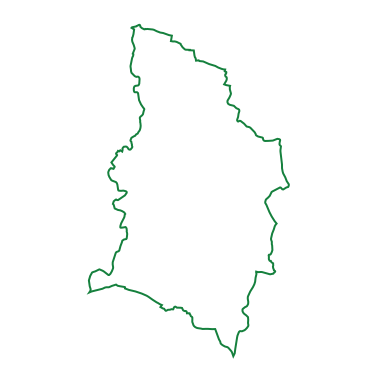 Chaiyo, Ang Thong, Thailand (Natural Earth projection), rotated 15°
{"feature_id": "78962969B91278990376837", "entity_name": "Chaiyo", "entity_type": "district", "adm_level": 2, "iso_a3": "THA", "parent_name": "Thailand", "parent_adm1": "Ang Thong", "projection": "natural_earth1", "projection_center": [100.458, 14.673], "detail": "fine", "context": "isolated", "style": "outline", "palette": "green", "viewbox_px": 384, "rotation_deg": 15, "n_neighbors": 0, "source": "geoboundaries", "source_scale": "gbopen_adm2", "svg_char_len": 6032}
<svg xmlns="http://www.w3.org/2000/svg" viewBox="0 0 384 384"><g transform="rotate(15 192 192)"><path d="M281.9,200.6L279.4,198.8L275.3,195.0L272.1,191.5L267.2,185.2L265.6,183.6L265.3,182.7L265.3,180.5L265.6,179.7L266.9,177.8L268.1,175.6L268.9,171.4L269.6,170.6L275.9,164.8L276.6,164.8L278.6,166.0L279.5,165.9L282.0,163.2L283.6,162.2L283.8,160.9L283.6,159.8L283.3,159.3L280.7,157.0L278.3,153.7L275.3,150.5L274.3,148.9L272.8,145.7L271.8,142.1L267.0,130.1L266.6,128.7L266.1,124.9L265.7,124.5L264.7,124.0L264.1,123.1L263.8,121.1L263.8,119.5L263.5,118.7L262.8,118.4L260.9,118.5L260.2,118.9L256.8,121.4L252.7,122.8L249.4,123.8L248.4,123.8L247.5,123.3L247.0,122.6L246.5,121.5L246.2,121.3L245.8,121.2L241.5,121.3L239.4,120.7L238.8,120.2L238.5,119.5L237.0,118.0L231.7,114.8L230.4,114.5L227.8,114.6L224.6,112.5L220.5,110.8L219.6,110.9L218.3,112.0L217.7,111.8L217.0,111.0L216.9,110.5L217.1,107.6L216.7,104.3L216.8,101.8L216.6,101.0L216.2,100.3L215.3,99.9L213.2,99.6L210.1,97.9L206.1,98.0L204.8,97.7L203.9,97.3L202.9,95.9L202.7,94.5L203.7,91.0L204.2,87.8L204.1,86.7L202.0,83.1L201.3,80.6L201.3,79.6L197.3,79.9L195.2,79.7L196.3,75.7L196.4,74.6L196.3,73.6L195.8,72.3L194.5,71.7L193.9,70.9L193.7,70.0L193.8,69.6L194.3,68.9L194.2,67.6L194.1,67.3L193.8,67.1L192.7,67.1L192.3,66.9L192.3,65.1L190.7,65.4L188.8,65.4L185.1,65.0L181.9,64.2L175.5,64.0L169.0,63.0L165.2,63.6L164.4,63.1L161.9,64.1L160.9,61.9L159.9,61.0L159.0,59.4L157.1,54.8L153.0,55.7L153.0,55.3L148.9,56.2L148.0,56.0L145.4,54.6L143.0,52.5L142.6,51.8L141.4,51.6L138.4,51.0L137.0,51.0L135.9,51.1L134.8,51.5L132.6,51.7L132.1,46.2L129.1,46.4L123.0,45.9L120.0,46.2L116.2,45.8L113.3,45.2L112.0,45.2L106.5,46.1L105.6,46.5L104.6,46.6L104.3,47.1L103.7,47.2L101.2,46.7L99.3,45.7L98.9,44.7L98.4,44.2L98.1,44.1L97.4,44.4L96.0,45.7L95.5,46.0L95.4,46.4L91.7,48.3L91.3,48.6L91.1,49.1L94.0,49.9L94.6,54.7L94.6,57.4L94.3,58.6L94.5,59.1L94.7,60.6L95.5,62.3L97.6,65.0L99.1,67.4L99.6,68.5L99.0,73.8L99.7,74.1L99.9,75.7L99.6,77.1L99.5,78.3L100.0,86.1L100.2,86.9L101.1,89.0L102.0,91.4L102.8,92.6L106.7,94.9L108.4,95.2L109.8,94.6L110.5,94.6L111.5,95.3L112.1,96.4L113.0,100.9L112.9,102.1L112.6,102.8L112.3,103.1L109.9,104.1L109.1,104.9L108.9,106.0L109.0,107.2L109.6,109.1L110.2,110.1L110.8,110.4L111.2,110.4L112.4,110.0L113.3,109.9L114.3,110.5L117.1,117.0L120.1,120.6L123.1,123.2L124.2,123.9L124.5,124.5L124.4,126.7L124.5,129.5L124.0,130.8L122.6,132.8L122.4,134.0L123.6,136.7L123.8,137.9L124.3,138.7L125.3,141.4L125.6,143.4L125.6,145.4L125.4,146.4L124.8,147.8L124.4,149.6L123.0,151.0L122.6,152.3L121.5,153.2L119.5,155.3L119.2,157.7L119.3,158.4L120.5,159.3L120.9,160.4L121.7,161.7L122.0,162.8L122.7,163.9L122.6,164.7L121.7,166.7L121.4,167.0L120.5,167.3L119.6,167.0L118.3,165.8L117.2,165.2L116.4,165.2L114.5,165.9L113.9,166.9L113.6,167.9L114.1,169.5L114.1,171.0L111.9,170.3L111.1,171.6L109.9,171.4L109.6,172.7L108.8,174.0L108.7,174.5L108.9,174.9L110.1,175.7L110.1,176.1L106.5,184.3L108.7,186.2L110.6,187.4L110.8,187.7L110.2,189.9L109.3,189.8L108.9,190.1L108.1,189.9L107.3,190.1L107.1,190.7L106.6,191.4L106.2,192.4L106.0,194.4L106.1,195.0L107.0,197.2L108.4,199.0L110.8,201.3L111.9,201.7L115.9,202.1L117.1,202.9L118.0,204.2L120.0,208.8L120.5,209.5L120.9,209.6L121.9,209.5L123.6,209.1L125.1,208.5L125.9,208.4L128.0,208.4L128.6,208.7L129.0,209.0L129.1,209.8L128.1,212.6L123.9,217.5L122.7,218.9L121.7,219.2L120.6,218.9L119.6,220.0L118.8,221.3L118.7,224.0L119.2,224.2L119.8,224.8L121.6,227.9L125.1,228.5L127.6,228.3L129.7,228.6L131.9,229.3L133.2,230.5L132.9,231.4L133.1,232.8L133.1,234.0L131.7,240.6L131.6,243.2L131.8,244.5L132.2,244.9L133.2,244.7L135.6,243.7L136.7,243.1L137.0,243.1L137.8,243.7L138.2,244.1L138.9,245.8L139.2,247.2L139.8,248.2L140.3,249.4L140.7,251.9L140.9,253.7L140.7,254.4L140.4,254.6L138.7,255.4L137.3,257.0L137.3,258.8L136.9,262.8L136.9,267.3L136.4,268.2L134.6,269.5L134.2,270.3L134.1,270.9L133.6,280.3L134.1,282.4L135.3,285.1L135.5,286.2L135.1,289.4L134.3,292.3L133.4,293.6L132.7,293.8L127.5,291.6L126.1,291.2L122.7,290.7L122.3,290.9L119.1,293.7L117.2,294.9L116.3,295.7L115.4,299.5L115.3,304.1L117.6,309.5L119.0,311.7L119.3,312.3L119.4,313.8L118.8,315.6L120.7,314.1L130.6,308.6L132.7,306.8L133.9,306.2L136.4,305.5L139.0,303.4L142.6,301.1L144.4,301.8L146.6,301.7L151.7,301.2L152.0,301.4L152.2,302.5L156.4,302.9L163.1,302.7L169.7,303.1L175.0,303.9L177.1,304.5L181.7,306.2L186.6,307.8L187.4,307.9L190.1,308.7L192.2,309.0L191.3,311.3L193.9,312.0L195.3,312.0L196.9,313.3L197.4,313.5L197.9,313.3L199.3,312.0L201.2,311.4L202.5,310.5L204.1,310.3L204.3,309.9L204.4,308.4L204.8,307.6L205.4,307.1L205.9,307.1L207.4,307.6L211.1,306.7L212.4,306.6L213.9,308.4L214.4,308.7L215.8,308.9L216.6,308.6L217.4,308.7L218.0,309.3L218.5,310.5L220.7,309.8L221.2,309.9L221.4,310.6L222.1,311.0L223.0,312.2L224.5,312.8L224.9,313.4L225.9,317.4L227.9,320.3L228.4,320.8L229.9,321.6L231.6,322.0L232.8,322.0L236.1,321.6L237.4,321.6L242.7,320.1L246.7,319.3L249.9,318.4L256.2,327.4L257.9,329.1L258.9,330.9L260.1,331.6L261.8,332.2L263.8,332.7L266.5,332.7L267.8,333.3L271.2,335.6L272.1,336.5L274.4,339.9L275.0,336.8L274.4,332.3L273.2,320.8L273.1,319.0L273.5,315.6L273.7,314.8L274.2,314.1L274.6,313.9L276.3,313.6L278.4,312.0L279.2,311.0L280.3,309.0L281.0,307.0L280.9,306.0L280.0,304.0L279.4,301.0L278.5,298.4L276.3,297.1L274.0,296.2L272.8,295.4L271.8,294.3L271.3,293.0L271.2,292.2L271.6,291.4L273.1,289.4L274.2,288.5L274.7,287.8L274.9,287.1L275.2,285.6L274.8,283.6L273.5,280.7L273.1,279.0L273.1,278.3L274.0,273.0L275.5,268.1L276.1,265.0L276.2,262.3L275.6,258.3L275.5,254.8L275.4,254.3L274.7,252.9L274.6,252.3L276.5,252.3L279.7,251.3L280.7,251.2L288.7,251.3L291.7,249.8L291.8,249.2L292.7,248.0L292.9,247.2L292.7,246.9L291.4,246.4L291.3,246.0L290.3,244.8L289.5,243.2L289.5,242.1L288.8,239.9L286.9,239.3L286.0,238.2L285.2,238.4L284.8,238.3L283.8,237.3L283.5,236.6L283.0,234.5L282.5,233.6L282.5,233.0L282.6,232.7L283.9,232.1L284.2,231.5L284.6,229.4L284.7,227.3L283.3,223.0L282.6,221.7L282.0,219.4L280.7,217.5L280.4,216.5L280.2,211.2L280.7,207.0L280.8,203.7L281.2,202.1L281.9,200.6Z" fill="none" stroke="#15803d" stroke-width="2"/></g></svg>